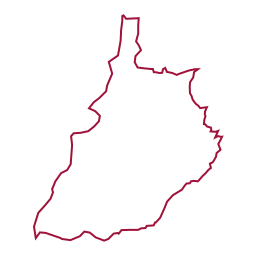 outline of Filousa Kelokedaron, Paphos, Cyprus
{"feature_id": "46923920B93356137010006", "entity_name": "Filousa Kelokedaron", "entity_type": "district", "adm_level": 2, "iso_a3": "CYP", "parent_name": "Cyprus", "parent_adm1": "Paphos", "projection": "orthographic", "projection_center": [32.738, 34.858], "detail": "fine", "context": "isolated", "style": "outline", "palette": "rose", "viewbox_px": 256, "rotation_deg": 0, "n_neighbors": 0, "source": "geoboundaries", "source_scale": "gbopen_adm2", "svg_char_len": 1750}
<svg xmlns="http://www.w3.org/2000/svg" viewBox="0 0 256 256"><path d="M123.5,15.4L122.3,16.0L122.3,20.8L121.1,30.4L120.6,40.9L118.0,55.5L108.8,61.9L112.2,73.6L107.1,85.6L106.1,91.3L99.2,98.1L93.7,102.3L89.0,108.3L95.3,111.2L99.9,115.9L98.9,121.3L94.0,126.6L88.2,131.2L80.7,132.8L73.6,133.3L71.1,136.2L72.1,145.0L70.7,164.2L67.1,170.1L61.1,173.1L55.3,181.4L52.6,188.2L52.1,188.9L53.0,192.4L50.5,198.8L44.7,205.7L38.3,212.8L34.0,226.6L35.7,237.6L35.8,238.1L39.9,232.4L45.6,232.9L55.2,236.2L60.2,237.9L62.0,239.0L70.5,240.1L79.9,236.2L84.3,231.6L89.8,232.6L95.7,237.4L104.1,240.6L108.3,239.0L113.7,233.6L117.6,233.0L118.7,233.7L121.5,230.1L128.5,229.9L131.4,229.9L138.1,229.9L140.9,228.4L145.5,228.0L146.7,225.9L153.7,225.4L155.0,222.5L155.8,222.5L160.2,217.7L164.5,208.1L167.1,201.6L173.0,195.1L181.9,189.7L184.8,185.5L186.6,183.5L189.8,183.3L191.1,181.2L193.8,180.9L197.8,181.3L198.6,180.6L202.6,176.0L205.3,173.5L206.9,171.7L208.5,169.8L210.9,168.0L209.9,163.6L212.6,162.4L213.8,160.6L216.0,156.7L216.6,153.0L220.5,149.8L218.3,144.0L220.7,139.6L222.0,136.8L221.5,136.9L218.0,136.1L215.2,137.5L218.1,130.9L215.4,131.8L213.0,131.6L210.6,131.4L211.3,129.6L210.9,127.6L207.0,126.5L205.2,124.3L203.9,124.1L204.4,119.4L205.3,116.8L205.4,115.8L204.8,114.4L205.0,111.5L206.9,107.2L200.2,108.1L198.4,105.8L195.8,103.8L192.7,99.7L191.5,95.8L190.0,93.3L189.8,89.2L189.7,86.7L190.1,82.1L193.2,77.5L194.1,72.0L198.0,69.2L194.9,69.2L188.6,70.6L179.0,73.9L176.8,74.9L172.3,73.0L166.9,71.9L165.2,67.9L163.0,69.2L162.2,72.8L159.5,73.0L155.5,72.2L153.8,72.2L152.9,69.0L150.9,69.0L144.7,68.4L137.6,67.5L134.7,62.2L135.5,56.1L141.0,50.2L138.9,45.5L136.1,41.4L138.2,33.6L138.2,25.5L138.7,18.2L126.1,18.8L123.5,15.4Z" fill="none" stroke="#9f1239" stroke-width="2"/></svg>